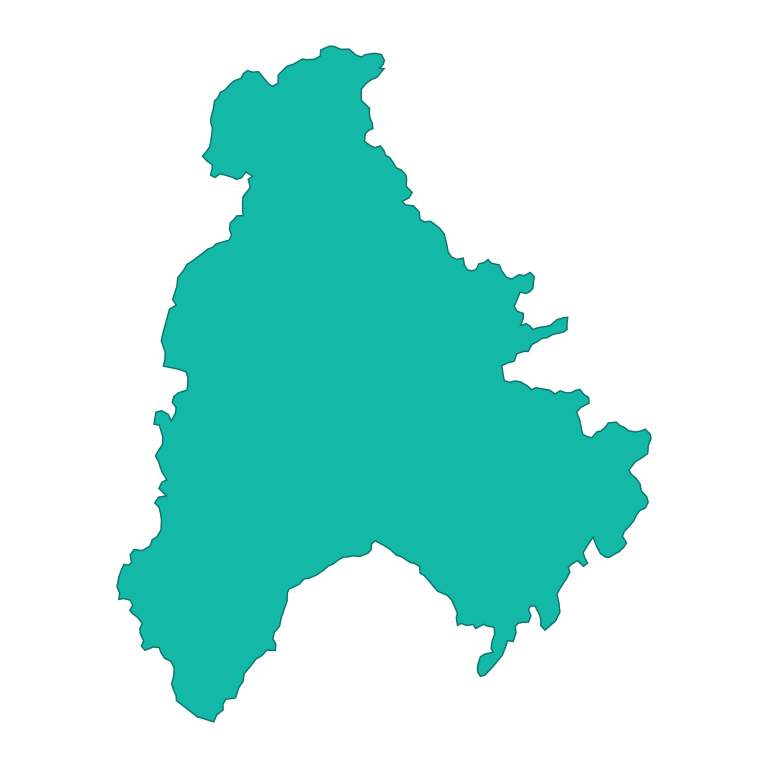 outline of Barra do Turvo, São Paulo, Brazil
{"feature_id": "56859067B30603953401521", "entity_name": "Barra do Turvo", "entity_type": "district", "adm_level": 2, "iso_a3": "BRA", "parent_name": "Brazil", "parent_adm1": "São Paulo", "projection": "orthographic", "projection_center": [-48.409, -24.876], "detail": "fine", "context": "isolated", "style": "filled", "palette": "teal", "viewbox_px": 768, "rotation_deg": 0, "n_neighbors": 0, "source": "geoboundaries", "source_scale": "gbopen_adm2", "svg_char_len": 5308}
<svg xmlns="http://www.w3.org/2000/svg" viewBox="0 0 768 768"><path d="M530.3,272.4L524.1,275.7L519.1,274.6L511.7,279.1L506.4,277.2L501.9,271.0L499.3,265.0L491.4,263.2L488.0,259.5L484.3,262.6L478.9,263.8L476.2,269.4L471.7,271.0L467.4,269.6L464.4,265.1L463.3,258.1L456.9,259.4L451.5,256.9L448.1,251.9L446.6,243.7L444.1,234.0L439.8,228.3L430.6,221.3L424.0,221.8L419.9,219.1L419.2,212.0L413.5,205.9L405.6,205.0L402.1,201.4L409.0,197.9L412.1,192.4L406.1,186.1L406.6,179.8L406.1,175.3L401.5,170.1L396.1,167.7L393.5,163.3L390.0,157.8L385.4,155.0L383.7,150.1L380.3,145.8L375.1,147.7L370.6,145.8L364.6,141.5L365.1,134.0L368.9,130.2L372.9,128.6L372.2,123.0L370.0,118.0L369.3,113.5L369.5,108.4L365.7,104.5L361.2,100.3L361.2,94.7L361.4,89.0L366.2,83.4L371.1,79.8L377.3,77.1L380.3,73.0L384.0,68.7L379.6,68.2L383.1,64.4L384.4,60.4L381.4,54.5L374.5,53.3L369.8,53.9L365.1,54.8L361.4,57.1L355.8,55.1L352.5,52.0L349.0,49.1L341.1,49.4L334.2,46.5L329.9,46.1L325.8,47.7L320.7,50.1L320.2,56.0L314.6,59.3L306.8,59.7L302.5,59.0L297.9,61.6L293.4,64.2L287.0,66.3L278.2,75.0L278.1,83.3L272.2,86.4L268.2,83.3L258.5,71.7L252.5,72.2L247.6,70.6L243.5,73.5L241.3,78.2L234.3,80.8L230.5,83.8L225.2,89.8L220.2,92.5L218.1,97.5L214.5,100.8L213.4,108.6L211.1,117.1L210.6,121.9L212.5,128.7L211.5,136.2L210.8,141.6L209.6,147.0L206.6,151.3L202.5,156.2L206.9,160.9L212.4,164.9L212.0,169.4L210.5,175.1L214.9,177.5L220.1,173.7L225.8,175.3L231.7,177.0L236.6,179.4L241.7,177.7L245.8,172.0L252.6,176.2L248.2,179.3L250.3,187.3L243.2,196.5L242.6,202.0L242.6,210.7L243.4,215.5L236.8,215.9L233.8,219.7L230.2,223.0L229.5,229.6L231.5,235.0L229.4,240.0L216.0,244.0L212.4,247.5L207.5,249.2L204.4,252.0L190.6,262.2L187.2,264.3L183.1,271.1L177.8,277.5L176.9,286.2L172.7,299.7L176.3,305.1L169.6,309.1L168.4,313.3L165.8,322.8L163.1,332.4L161.3,340.9L165.2,352.2L165.0,359.3L163.4,366.2L167.4,366.9L177.6,369.0L186.0,371.8L188.0,377.7L187.7,384.3L187.1,390.0L178.6,392.8L173.8,396.6L172.3,402.5L176.2,407.6L175.4,413.2L171.3,421.1L168.3,414.4L161.7,410.7L155.9,412.2L154.0,424.2L159.3,425.1L162.8,436.7L162.5,444.5L158.9,449.8L155.5,455.8L158.9,462.4L160.4,467.7L162.2,472.3L166.9,479.8L161.9,482.2L158.9,488.5L166.5,495.9L158.5,497.2L154.8,502.8L159.0,507.3L160.5,513.0L161.5,519.9L161.0,530.2L156.6,537.1L152.2,539.7L150.1,545.9L142.3,550.6L134.1,549.5L130.2,554.8L131.5,562.4L128.7,565.3L124.0,564.3L121.3,570.0L118.9,576.8L117.0,586.7L119.7,593.0L118.8,599.4L123.6,598.5L130.1,600.1L132.8,605.3L129.8,610.3L132.4,613.5L137.6,617.4L142.3,623.5L139.9,628.2L140.2,633.3L143.6,640.9L141.4,646.1L144.9,650.3L153.4,647.0L159.2,647.5L160.9,652.4L164.5,658.1L170.8,661.3L174.2,667.9L174.0,672.4L173.3,678.1L171.6,683.6L173.1,688.7L176.1,695.5L176.5,700.7L193.5,713.8L197.5,717.0L201.5,717.9L213.7,721.9L216.8,714.8L223.1,709.9L222.9,704.3L225.7,699.3L235.6,697.8L239.0,687.1L243.0,681.6L244.2,673.6L250.8,665.8L255.8,659.2L261.9,655.6L266.7,650.2L275.4,650.4L275.8,644.1L272.8,638.5L274.3,632.5L279.6,626.0L281.4,617.2L287.1,601.0L287.3,593.0L289.0,589.1L295.0,586.3L299.0,584.4L304.2,578.8L308.7,578.3L316.2,575.2L323.6,570.1L328.6,565.8L333.3,563.9L338.1,560.1L343.5,557.0L347.8,557.0L352.5,555.9L360.2,556.3L368.0,553.2L371.3,549.2L371.5,543.9L375.2,540.8L383.9,545.4L390.8,549.9L396.3,555.1L401.3,556.7L410.0,562.4L415.1,563.6L419.6,566.5L420.1,573.1L424.1,575.5L426.9,578.5L430.7,583.0L437.6,591.2L447.4,595.4L451.8,600.2L457.4,613.0L456.3,617.9L457.6,625.4L461.3,623.4L466.3,625.4L473.2,624.5L475.7,628.5L483.5,624.3L487.3,626.1L494.1,627.2L494.7,634.0L492.2,640.8L491.1,648.3L493.2,652.1L484.1,654.4L480.4,656.8L477.6,665.7L477.6,671.9L480.4,676.4L484.9,675.2L493.6,665.8L502.2,655.4L505.9,646.0L507.4,640.6L513.1,641.5L516.0,633.2L515.3,626.4L518.0,623.3L522.8,622.2L528.4,622.1L530.9,615.8L528.5,609.4L530.7,605.7L535.1,606.3L539.4,614.4L540.9,619.7L540.8,625.7L545.0,630.2L555.5,620.8L559.9,612.1L558.9,603.0L556.9,594.4L560.0,588.5L567.2,577.4L569.8,572.2L568.3,567.2L572.1,563.9L577.3,560.7L583.5,566.3L587.6,563.1L584.8,558.1L583.1,552.6L590.1,541.3L593.1,537.3L596.6,546.3L600.4,553.4L605.1,556.9L609.1,557.4L613.0,554.9L619.4,551.5L623.7,547.3L626.5,542.9L622.4,536.2L624.4,531.3L629.6,525.9L633.8,520.6L636.6,514.7L640.0,510.3L645.4,508.0L648.2,502.1L646.6,496.6L641.3,491.0L640.0,483.9L636.4,478.7L631.3,474.2L628.9,470.0L635.4,461.7L642.4,457.4L647.7,453.5L648.3,445.7L651.0,438.4L650.2,434.2L645.3,429.2L640.8,431.1L635.0,432.0L628.6,430.6L623.9,427.3L620.0,425.6L616.2,422.1L608.3,423.0L605.9,426.6L601.2,430.8L596.9,431.9L591.8,437.8L586.6,436.4L582.4,434.0L580.9,426.0L579.6,419.4L576.5,412.4L580.7,407.4L589.1,403.2L588.6,397.5L584.1,394.7L579.9,389.3L575.1,390.6L570.9,392.8L566.1,392.8L560.0,390.9L555.0,393.9L549.7,390.2L543.1,389.0L536.0,387.8L531.6,389.7L527.6,386.1L520.6,381.9L514.6,380.9L510.1,382.4L504.4,380.7L503.1,375.0L502.6,370.5L501.6,365.6L507.7,363.0L514.2,361.1L516.8,353.8L524.1,351.3L528.1,351.5L531.9,344.5L537.5,341.6L541.8,338.5L547.2,337.6L552.5,334.6L557.7,333.3L563.0,332.2L567.0,329.6L567.0,324.1L567.7,317.3L562.8,318.0L557.0,319.7L550.0,325.6L545.7,326.5L538.8,327.5L532.6,329.5L529.7,325.7L526.2,323.7L520.6,325.5L523.3,318.5L523.3,313.5L517.2,311.2L514.2,306.6L517.5,298.7L520.2,292.0L526.0,293.5L530.1,291.5L532.9,288.1L533.6,281.4L534.2,276.8L530.3,272.4Z" fill="#14b8a6" stroke="#0f766e" stroke-width="1.5"/></svg>